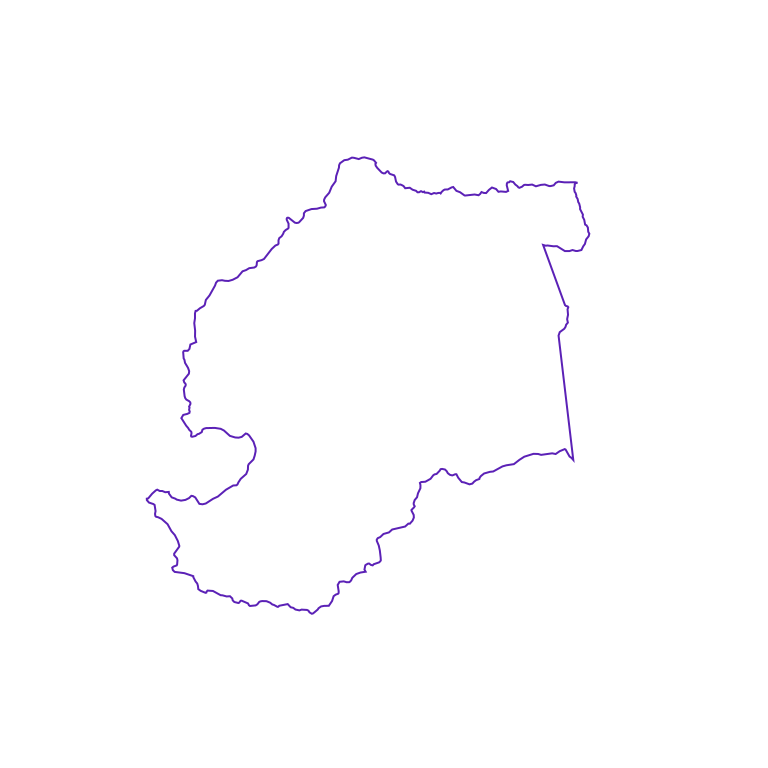 outline of Candarave, Tacna, Peru, rotated 220°
{"feature_id": "86281439B21973804686801", "entity_name": "Candarave", "entity_type": "district", "adm_level": 2, "iso_a3": "PER", "parent_name": "Peru", "parent_adm1": "Tacna", "projection": "albers", "projection_center": [-70.288, -17.116], "detail": "fine", "context": "isolated", "style": "outline", "palette": "violet", "viewbox_px": 768, "rotation_deg": 220, "n_neighbors": 0, "source": "geoboundaries", "source_scale": "gbopen_adm2", "svg_char_len": 6166}
<svg xmlns="http://www.w3.org/2000/svg" viewBox="0 0 768 768"><g transform="rotate(220 384 384)"><path d="M518.7,241.3L517.8,240.9L516.7,238.9L515.2,238.1L514.5,236.8L515.5,234.6L517.9,231.3L517.3,227.6L508.7,224.9L505.7,224.4L503.8,223.7L500.9,223.5L499.9,222.7L498.5,220.2L497.8,219.9L497.0,220.3L495.0,223.0L494.6,225.7L493.7,226.9L492.7,230.0L493.7,232.3L493.1,234.2L491.9,235.9L485.4,241.6L480.3,244.7L476.7,245.5L468.7,245.2L463.6,247.4L460.9,249.4L459.0,252.0L458.1,257.2L456.6,257.9L454.3,257.9L446.9,255.9L441.1,252.3L439.0,249.8L437.0,246.0L435.5,242.3L436.1,235.6L435.6,234.0L433.2,230.9L431.7,226.5L432.8,219.3L432.3,215.0L431.7,212.9L431.9,211.6L434.3,209.3L437.1,201.4L438.9,191.0L441.2,186.1L443.7,177.9L445.7,175.2L448.4,173.5L455.7,175.8L458.4,175.3L459.7,174.5L460.0,171.3L461.6,167.6L464.5,164.2L468.5,162.2L470.2,162.0L473.8,160.7L478.3,161.8L479.5,163.0L482.0,160.5L485.1,159.5L487.0,157.9L489.8,157.3L490.4,155.9L491.1,151.0L491.1,144.8L492.0,143.7L491.0,142.6L487.8,142.1L483.5,143.8L482.0,143.9L477.3,139.8L475.9,137.3L474.3,135.9L473.2,135.8L471.5,136.7L467.7,137.7L459.7,137.5L452.2,134.6L447.1,133.8L441.0,131.2L436.7,128.4L436.3,127.7L435.7,119.2L434.7,118.0L430.5,117.4L428.9,116.2L426.5,112.8L426.2,111.8L427.9,108.8L428.2,107.2L426.1,105.7L423.6,105.5L415.3,110.8L406.6,114.2L405.8,113.4L401.4,111.6L398.8,111.1L396.7,109.7L394.4,107.5L391.5,107.7L386.5,109.3L386.0,110.0L386.4,110.8L386.4,112.3L382.0,115.5L373.4,117.2L371.9,118.3L368.0,120.1L365.6,122.4L362.4,122.2L360.8,121.0L358.5,120.8L354.8,122.6L354.4,123.3L354.5,125.8L353.8,126.5L347.1,128.5L345.2,127.7L344.0,127.8L340.0,131.9L339.4,133.8L339.5,136.9L338.9,138.1L337.8,139.4L334.4,142.1L330.6,143.3L327.9,143.3L326.3,144.0L322.4,144.8L321.8,145.4L321.7,146.8L316.3,153.5L312.0,153.0L309.6,154.2L306.9,154.3L303.3,156.2L302.1,158.2L297.8,161.4L296.2,161.8L294.3,161.2L291.6,161.6L290.9,162.6L290.5,164.6L289.8,168.6L290.0,170.2L289.2,173.2L287.1,175.7L283.7,178.6L284.3,184.4L286.2,189.1L285.6,191.6L284.3,193.9L284.4,194.7L285.5,196.1L290.3,200.3L290.9,203.9L288.0,206.9L285.1,208.2L283.1,210.0L282.9,212.3L283.7,215.2L283.1,220.6L280.8,224.5L277.4,228.4L279.7,229.3L281.8,233.1L281.6,234.0L280.8,236.1L280.0,236.9L277.7,237.0L276.1,237.8L276.0,239.4L273.1,244.2L272.9,245.9L273.1,246.9L275.2,249.1L280.2,253.8L284.2,256.9L288.7,259.2L289.5,260.1L289.7,261.9L288.5,264.3L288.0,268.8L284.8,273.5L284.2,277.8L276.2,288.4L275.6,292.7L274.4,293.6L274.4,294.2L274.3,297.7L275.3,300.9L277.1,302.8L281.6,304.7L282.0,305.2L281.7,308.9L281.9,310.1L283.6,310.7L284.7,311.8L285.4,313.6L285.9,314.8L285.9,318.5L287.7,322.1L289.1,327.5L291.1,330.0L292.9,331.3L292.5,332.8L289.5,335.7L287.4,341.3L287.6,345.7L287.2,347.2L285.9,348.9L285.6,353.5L285.9,355.1L284.9,356.3L282.3,357.7L279.9,357.5L277.8,356.7L275.2,356.8L273.8,357.4L272.8,358.0L271.4,360.7L270.5,361.4L266.9,359.9L261.4,358.9L259.2,360.2L254.0,362.1L252.3,364.5L252.2,367.1L251.6,369.6L249.9,372.5L250.5,373.8L250.6,375.8L249.8,379.8L246.4,384.8L244.1,387.2L240.3,397.0L238.0,400.4L233.0,406.1L231.5,413.0L229.8,418.5L224.6,426.6L220.9,429.5L218.1,430.7L210.6,439.0L207.5,440.7L206.2,445.5L203.7,450.3L202.7,450.5L195.2,447.7L192.8,447.9L190.2,447.5L281.4,533.3L282.7,536.7L281.4,542.2L281.7,544.5L282.6,546.5L282.6,549.2L285.4,551.4L287.5,555.3L291.4,559.2L292.2,561.3L293.2,561.5L294.6,560.8L296.1,560.8L351.5,592.8L349.0,593.9L347.8,595.2L342.9,598.3L340.0,600.8L330.9,602.1L327.4,605.0L325.7,607.8L322.5,609.2L321.3,610.2L318.9,613.5L319.9,617.6L320.1,620.4L322.1,624.7L322.2,628.7L323.3,631.1L325.4,631.9L328.4,634.9L330.8,635.7L332.4,635.4L336.2,638.5L339.3,639.8L340.5,641.6L346.2,644.0L347.4,645.5L350.5,647.7L352.1,648.2L354.6,650.2L357.2,651.1L357.9,652.1L359.9,653.4L361.5,653.8L364.1,656.0L365.1,658.1L366.3,659.6L366.3,661.0L365.1,662.5L367.3,661.4L375.2,654.6L380.4,651.2L381.7,648.5L381.7,645.3L383.6,642.7L384.7,641.8L389.0,640.2L391.8,637.4L394.7,633.1L398.7,632.0L401.5,629.1L404.1,627.2L404.7,626.3L405.1,623.8L406.4,621.3L407.5,621.0L408.9,621.3L411.7,621.2L414.8,621.8L417.7,620.4L417.8,619.0L418.9,617.8L418.8,616.7L417.7,615.1L413.0,611.7L414.0,609.6L418.3,606.6L419.9,604.8L423.5,605.4L427.6,603.9L428.4,600.1L428.5,595.9L430.4,594.5L432.7,593.7L432.5,591.4L432.9,589.4L436.4,587.4L443.0,580.5L443.6,580.2L449.0,579.8L452.7,578.5L457.6,579.4L458.6,578.0L460.2,574.0L462.4,572.1L463.0,570.7L463.3,568.3L463.1,566.5L463.7,566.6L465.2,565.3L466.4,563.5L468.4,562.5L469.8,559.8L473.0,558.9L475.9,556.8L476.9,557.2L477.5,556.0L479.6,555.5L480.4,553.4L481.6,552.4L483.6,552.6L487.0,551.2L490.4,550.9L493.6,547.6L496.3,548.2L498.3,547.8L499.6,547.4L501.1,546.0L501.9,545.9L504.9,546.8L508.6,549.7L510.3,550.4L514.3,548.8L515.6,548.8L517.2,549.5L518.0,549.4L518.4,548.5L518.6,546.1L519.8,545.0L521.7,544.5L528.1,545.2L530.7,545.9L532.1,547.1L532.2,548.3L535.5,548.9L536.8,548.7L544.7,545.0L546.3,543.2L547.9,540.1L552.5,537.9L554.1,536.8L555.9,532.6L558.3,529.9L559.6,524.8L559.0,522.7L557.6,520.8L554.3,512.6L551.4,508.2L550.9,501.6L548.9,495.3L549.0,489.2L548.4,486.8L547.5,485.5L543.6,483.7L543.1,482.2L543.3,480.9L545.7,478.6L548.0,475.2L552.0,471.4L555.2,466.1L555.1,463.3L553.6,461.5L552.7,459.3L553.0,453.2L553.4,452.3L554.5,451.1L556.0,450.3L563.6,450.1L564.5,449.7L565.0,449.0L564.8,448.1L564.1,447.3L560.2,445.5L557.5,442.3L557.4,441.4L558.3,438.7L558.5,436.2L557.8,434.3L557.4,431.4L558.0,428.4L557.2,426.3L555.0,423.7L555.0,422.5L556.2,420.3L556.8,415.3L556.3,402.6L557.4,400.2L559.8,396.8L559.7,395.7L557.9,393.1L557.6,391.8L558.2,389.9L561.7,386.1L562.9,382.6L564.8,379.4L564.8,371.6L566.9,366.6L569.3,363.0L572.2,360.8L574.8,359.4L577.7,356.3L577.8,353.7L576.7,350.8L574.6,339.7L574.5,333.9L572.2,329.5L572.2,327.9L573.7,323.7L574.4,319.8L575.3,318.9L574.2,316.6L571.0,312.8L568.5,308.7L563.0,303.5L559.2,298.8L554.8,295.4L557.7,289.8L555.6,285.8L555.7,283.3L558.4,281.0L558.6,280.2L558.3,279.3L553.9,274.8L552.5,274.3L550.0,272.3L544.5,270.4L541.5,268.6L540.1,266.5L539.9,258.0L538.0,256.8L536.3,256.6L535.4,256.0L534.9,255.1L534.7,253.0L533.8,251.1L528.9,246.5L527.1,245.4L525.4,245.0L522.2,245.6L520.6,245.4L519.5,244.4L518.7,241.3Z" fill="none" stroke="#5b21b6" stroke-width="2"/></g></svg>